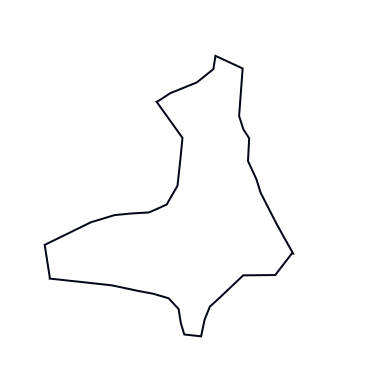 Seongbuk-gu, Seoul, South Korea (Robinson projection), rotated 292°
{"feature_id": "91817680B19736947579274", "entity_name": "Seongbuk-gu", "entity_type": "district", "adm_level": 2, "iso_a3": "KOR", "parent_name": "South Korea", "parent_adm1": "Seoul", "projection": "robinson", "projection_center": [127.018, 37.597], "detail": "fine", "context": "isolated", "style": "outline", "palette": "ink", "viewbox_px": 384, "rotation_deg": 292, "n_neighbors": 0, "source": "geoboundaries", "source_scale": "gbopen_adm2", "svg_char_len": 640}
<svg xmlns="http://www.w3.org/2000/svg" viewBox="0 0 384 384"><g transform="rotate(292 192 192)"><path d="M59.6,92.1L58.4,92.5L75.4,152.5L80.1,179.1L83.1,193.9L84.7,210.1L78.5,223.4L66.2,230.8L57.0,238.2L61.6,254.5L78.5,251.5L92.4,251.5L104.7,257.4L133.9,270.7L146.2,300.3L172.4,307.6L172.8,308.8L194.0,282.5L217.0,255.9L227.8,247.1L241.7,232.3L263.2,224.9L269.4,216.1L280.1,207.2L325.5,192.7L327.0,162.7L314.0,165.8L295.5,155.5L275.5,134.8L264.7,127.4L262.4,125.4L238.6,162.9L218.6,168.8L192.4,176.2L170.9,173.2L157.0,159.9L149.3,143.7L141.6,128.9L126.2,109.7L87.8,75.2L59.6,92.1Z" fill="none" stroke="#020617" stroke-width="2"/></g></svg>